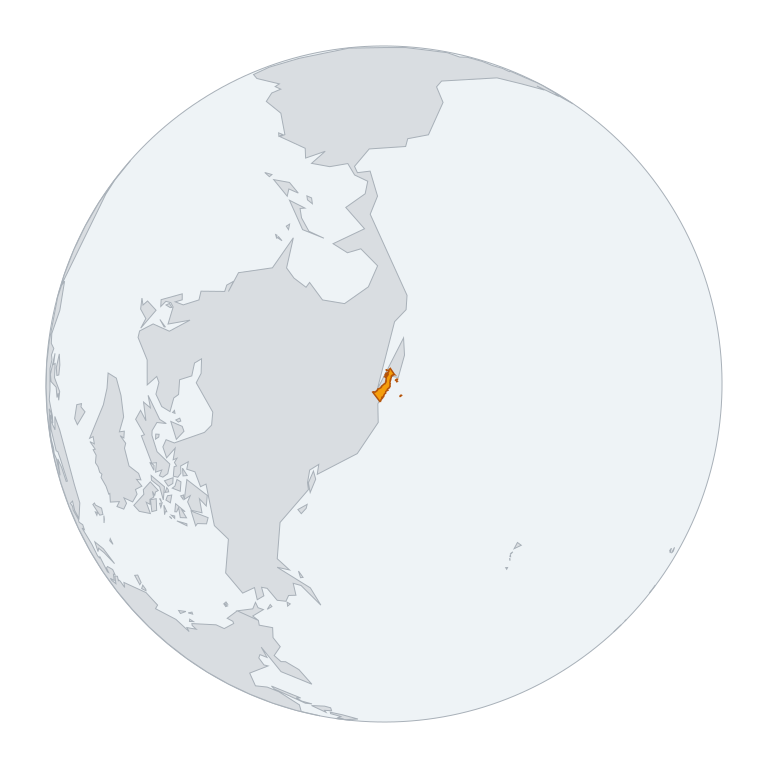 Baja California on an orthographic globe, rotated 237°
{"feature_id": "MEX-2706", "entity_name": "Baja California", "entity_type": "State", "adm_level": 1, "iso_a3": "MEX", "parent_name": "Mexico", "parent_adm1": "", "projection": "orthographic", "projection_center": [-114.611, 30.356], "detail": "fine", "context": "on_globe", "style": "filled", "palette": "amber", "viewbox_px": 768, "rotation_deg": 237, "n_neighbors": 0, "source": "natural_earth", "source_scale": "10m", "svg_char_len": 13698}
<svg xmlns="http://www.w3.org/2000/svg" viewBox="0 0 768 768"><g transform="rotate(237 384 384)"><circle cx="384" cy="384" r="338" fill="#eef3f6" stroke="#a8b0b8"/><path d="M88.8,533.0L89.6,535.2L89.5,535.3L88.8,533.0ZM516.9,694.7L516.0,695.1L524.4,690.6L533.8,685.7L529.9,687.2L550.7,674.5L543.2,678.6L560.8,662.8L579.2,645.5L606.7,597.3L604.6,589.9L588.0,586.9L568.8,557.0L576.8,537.5L571.4,531.5L589.2,499.6L582.6,477.8L575.7,476.8L570.1,488.3L545.1,480.9L533.9,464.9L445.8,451.6L434.3,443.0L430.5,426.8L383.2,375.5L412.0,425.5L397.0,416.9L381.7,399.5L386.3,394.6L370.7,368.0L354.9,358.2L340.2,323.7L344.6,278.8L352.1,285.5L352.3,274.8L342.9,266.1L336.6,263.1L324.5,221.4L295.6,199.3L279.5,203.5L288.5,194.6L253.1,211.2L232.9,210.6L260.2,204.7L266.3,199.3L254.8,195.1L258.6,188.8L255.2,183.4L260.8,176.6L276.3,174.7L280.2,170.6L271.8,167.9L272.1,160.2L283.8,164.5L285.6,151.6L311.8,148.3L338.6,169.0L357.6,164.6L397.0,180.2L397.8,174.2L413.3,177.6L420.0,172.2L425.4,177.5L426.0,168.8L419.8,165.1L418.1,160.3L421.4,157.1L428.9,162.9L428.3,165.4L432.3,165.5L434.5,170.0L435.3,165.9L444.0,174.0L440.5,161.5L451.7,164.3L456.0,170.9L448.8,176.0L441.2,207.1L443.4,217.0L453.7,225.1L487.3,227.2L492.5,236.4L504.5,244.7L504.8,236.5L495.5,227.2L498.9,214.9L487.1,206.0L486.8,200.1L477.4,189.5L486.1,185.3L499.7,187.2L507.9,196.1L514.1,197.5L512.2,184.9L533.2,198.5L557.0,203.1L561.6,207.9L560.1,223.1L545.2,232.7L543.2,256.1L551.9,235.5L563.4,249.1L568.4,249.5L572.1,246.1L570.6,239.0L576.1,243.0L569.5,263.9L564.5,260.6L566.6,253.7L559.7,258.7L555.3,274.6L561.5,281.1L548.4,300.8L552.6,306.0L552.1,313.8L546.3,303.9L556.6,322.6L542.2,353.7L556.0,387.6L534.4,365.5L521.8,366.2L507.6,371.3L509.7,376.9L488.0,378.2L472.9,394.7L474.0,423.8L486.6,443.0L510.0,438.2L514.0,424.8L529.4,417.7L524.8,452.2L552.9,448.1L553.8,471.8L562.9,480.8L575.3,473.2L588.6,473.7L595.8,456.9L608.5,443.4L611.2,461.5L616.2,441.3L624.6,446.3L648.2,431.4L647.1,436.7L667.3,445.0L685.1,439.2L689.2,448.3L687.5,458.0L692.7,454.7L692.7,459.7L709.4,443.8L714.6,443.1L712.2,460.4L703.3,490.3L684.8,537.5L666.1,567.3L654.3,585.5L627.4,617.5L617.0,625.5L612.7,631.8L601.0,642.1L592.2,648.2L584.5,655.0L577.7,659.2L577.8,660.1L558.0,673.2L553.2,676.5L547.6,679.7L516.9,694.7ZM174.0,411.3L175.0,403.4L178.4,409.6L174.0,411.3ZM172.9,397.9L173.1,400.7L172.4,398.2L172.9,397.9ZM170.6,395.6L172.3,397.3L170.1,396.1L170.6,395.6ZM167.2,393.4L169.1,394.2L168.8,394.5L167.2,393.4ZM557.8,399.8L589.6,404.8L574.6,413.5L576.9,409.2L568.2,405.3L553.0,404.2L539.0,413.0L557.8,399.8ZM162.8,387.7L161.8,386.0L163.7,386.0L162.8,387.7ZM565.0,375.8L559.7,376.5L564.5,374.4L565.0,375.8ZM333.2,263.0L342.3,266.7L349.4,277.4L341.4,274.9L333.2,263.0ZM320.3,244.0L325.6,243.4L324.9,254.0L322.1,251.0L320.3,244.0ZM267.0,208.5L273.7,210.4L265.9,210.8L267.0,208.5ZM253.7,183.9L250.6,185.6L250.2,182.2L253.7,183.9ZM473.2,192.7L475.3,191.2L476.0,193.9L473.2,192.7ZM467.2,189.8L466.6,194.1L463.6,193.4L464.1,190.8L467.2,189.8ZM258.4,168.8L258.6,163.4L261.0,168.5L258.4,168.8ZM468.7,184.8L458.4,191.7L453.3,190.5L450.7,179.7L468.7,184.8ZM260.5,160.0L260.9,147.6L254.1,149.9L273.7,137.4L266.9,151.5L270.9,157.3L265.0,156.5L260.5,160.0ZM416.4,165.4L423.2,169.2L414.4,169.1L416.4,165.4ZM411.2,166.6L386.8,175.1L378.5,168.5L388.3,166.7L375.1,161.2L383.0,153.7L392.1,155.1L395.9,160.7L396.0,153.7L411.2,166.6ZM284.5,132.9L286.9,130.0L287.3,132.8L284.5,132.9ZM416.7,158.4L412.5,160.4L405.0,154.7L412.0,149.7L412.2,153.0L416.7,158.4ZM367.7,163.7L363.4,159.0L368.6,151.5L367.6,148.8L382.5,153.0L367.7,163.7ZM415.6,152.7L415.8,147.4L422.4,147.2L420.3,156.1L415.6,152.7ZM400.1,155.5L396.8,152.7L400.9,152.5L400.1,155.5ZM445.9,144.9L441.1,146.9L436.8,144.0L445.9,144.9ZM415.4,145.4L413.1,145.5L410.8,144.7L412.3,141.4L415.4,145.4ZM385.2,147.7L388.3,145.8L379.3,145.5L382.9,140.4L392.2,144.4L389.7,140.5L390.8,139.0L397.1,144.0L385.2,147.7ZM407.0,135.8L420.1,139.9L430.0,136.6L434.1,138.9L417.4,143.9L407.0,135.8ZM400.7,140.1L405.5,137.9L408.2,141.6L406.5,145.5L400.7,140.1ZM382.0,135.7L374.1,142.5L372.4,141.5L382.0,135.7ZM409.4,134.0L406.2,133.1L409.8,133.3L409.4,134.0ZM389.8,134.2L387.3,136.6L385.3,135.3L389.8,134.2ZM402.0,129.6L406.1,130.8L405.2,133.3L402.0,129.6ZM396.0,131.1L393.9,128.8L402.3,133.4L395.2,132.3L396.0,131.1ZM388.4,132.6L386.5,132.6L389.8,131.8L388.4,132.6ZM403.4,119.8L414.1,125.1L411.9,130.5L401.8,124.5L403.4,119.8ZM709.5,293.3L708.4,289.8L701.7,269.5L694.8,254.2L643.8,169.2L639.3,162.8L632.7,155.3L649.9,175.5L665.5,197.0L679.3,219.7L691.3,243.4L701.4,268.0L709.5,293.3ZM585.2,112.5L585.4,112.7L602.5,126.8L634.5,157.5L642.3,167.3L644.2,172.1L622.4,152.3L607.3,132.9L599.3,127.1L593.6,126.4L589.5,121.0L585.3,118.8L578.8,112.3L560.9,100.6L553.0,94.6L537.6,88.4L531.4,84.9L542.3,89.3L545.6,89.7L524.8,77.5L518.3,74.6L510.0,71.9L505.3,69.5L499.9,68.6L483.9,62.6L498.9,69.6L489.6,68.2L475.4,64.4L475.0,65.6L498.2,72.0L504.9,73.6L506.5,72.7L527.3,80.1L536.3,84.9L524.7,83.1L536.1,90.3L522.1,87.0L468.2,69.5L449.9,64.1L437.4,55.0L446.4,55.7L455.4,59.0L454.8,56.0L451.2,56.2L447.3,54.6L437.3,54.0L434.1,53.0L430.1,54.7L425.1,53.4L427.7,52.3L408.7,51.7L395.9,50.2L393.1,50.7L393.8,51.6L377.1,49.8L375.9,50.4L380.8,51.0L381.5,52.7L376.2,55.4L370.7,54.6L371.9,53.5L366.1,50.7L370.1,48.7L367.3,48.8L362.5,50.4L369.6,53.7L367.9,55.7L363.2,53.9L364.8,54.6L362.3,55.4L354.6,55.7L359.2,57.8L338.7,70.8L321.9,73.7L320.0,70.0L299.9,81.3L282.5,85.7L287.1,86.0L280.6,93.0L286.0,91.6L287.7,92.4L273.5,112.0L265.9,116.8L265.0,127.5L267.3,128.0L272.9,124.9L273.7,137.4L254.1,149.9L249.7,148.0L240.3,157.9L231.7,152.8L220.2,153.9L216.1,144.0L207.3,146.4L204.7,150.2L190.8,157.1L171.5,160.0L198.8,141.0L230.2,137.7L218.4,137.0L224.6,132.6L222.5,129.8L213.8,130.3L210.7,133.2L214.7,113.9L200.9,111.8L193.5,120.9L183.2,128.2L161.0,138.3L154.3,136.2L140.6,149.6L158.0,132.7L176.7,117.1L196.5,102.9L217.2,90.1L238.8,78.8L261.2,69.2L284.2,61.2L307.7,54.8L331.7,50.2L355.8,47.3L380.2,46.1L404.5,46.7L428.8,49.1L452.8,53.2L476.5,59.0L499.6,66.5L522.2,75.6L544.1,86.4L565.1,98.7L585.2,112.5ZM668.6,202.3L671.8,207.1L668.6,202.3ZM648.9,430.7L652.0,432.4L648.5,434.9L648.9,430.7ZM574.2,422.1L580.1,420.1L583.8,421.8L579.5,424.6L574.2,422.1ZM620.3,400.8L626.3,399.2L620.7,404.1L620.3,400.8ZM594.2,405.1L615.5,402.8L604.5,414.5L590.8,416.1L599.4,410.4L594.2,405.1ZM565.5,388.0L569.6,388.0L569.5,391.9L565.5,388.0ZM568.4,374.5L567.1,375.3L564.4,373.2L568.4,374.5ZM563.8,247.8L564.5,246.3L569.0,244.2L568.4,247.9L563.8,247.8ZM579.4,220.7L587.9,227.8L581.5,224.9L582.4,230.9L570.0,233.0L563.3,210.4L568.6,219.9L579.4,220.7ZM551.6,230.7L560.2,231.2L551.1,231.7L551.6,230.7ZM568.7,116.2L569.3,114.3L576.1,118.0L586.1,128.1L576.5,122.5L568.7,116.2ZM568.7,111.1L554.3,107.9L547.5,102.3L553.8,105.8L550.7,102.4L559.9,107.3L567.4,106.1L573.8,109.5L588.9,124.8L580.4,117.5L580.3,119.4L568.7,111.1ZM529.8,117.4L523.5,118.1L516.9,104.7L523.5,105.7L534.0,115.1L532.3,119.6L529.8,117.4ZM466.3,165.3L464.3,168.0L462.2,166.2L462.2,162.4L466.3,165.3ZM444.0,146.1L472.7,152.3L471.9,155.5L489.7,156.5L494.5,165.5L482.8,164.3L499.8,172.5L491.2,175.1L503.0,180.0L476.5,176.6L469.4,179.9L475.4,172.6L471.2,164.1L467.3,161.4L450.8,156.8L433.5,160.8L426.6,153.8L426.3,147.8L429.4,145.7L432.9,150.8L434.5,144.4L442.0,150.3L444.0,146.1ZM426.7,93.3L429.5,98.0L434.0,90.2L441.5,94.4L441.5,93.2L449.7,95.2L459.7,95.8L462.0,98.3L464.9,97.5L470.4,99.1L475.1,99.1L481.1,103.8L487.3,104.3L486.6,106.3L495.8,106.0L491.6,108.5L498.3,111.4L498.8,107.5L519.4,137.3L531.3,149.4L543.5,158.6L534.7,162.7L517.7,157.2L498.2,147.7L488.0,136.0L485.9,140.5L480.4,136.4L484.4,134.6L475.0,135.1L471.5,131.4L454.1,125.5L442.7,129.5L436.0,127.9L438.8,124.5L430.2,125.3L430.9,118.1L426.1,116.9L422.0,109.0L430.1,103.9L424.2,103.1L420.8,97.6L426.7,93.3ZM402.6,117.5L410.5,109.4L418.5,108.1L422.3,122.5L426.5,124.6L429.2,134.7L417.6,136.7L417.9,133.5L415.4,131.0L420.1,131.3L414.5,129.2L414.8,124.9L410.6,122.2L414.3,120.2L402.6,117.5ZM538.7,87.1L534.5,84.7L535.8,84.9L540.2,86.9L538.7,87.1ZM441.5,74.2L441.9,76.3L439.6,76.1L433.7,79.5L427.7,77.2L428.8,74.2L441.5,74.2ZM434.0,72.2L432.3,73.8L430.3,71.7L434.0,72.2ZM422.9,75.8L419.9,73.5L426.2,77.4L422.9,75.8ZM380.1,60.2L395.0,57.4L401.7,55.2L399.2,52.9L409.1,55.5L398.7,58.9L380.1,60.2ZM344.4,69.3L346.7,72.1L341.5,72.4L340.3,71.8L344.4,69.3ZM348.7,69.9L359.3,70.7L357.9,73.4L349.8,72.2L348.7,69.9ZM397.1,69.4L401.9,68.6L403.4,70.2L397.1,69.4ZM85.6,532.9L88.8,538.7L86.3,535.7L85.6,532.9ZM89.5,535.3L86.4,532.0L88.8,533.0L89.5,535.3ZM65.9,497.5L67.6,502.0L67.4,501.7L65.9,497.5ZM65.1,495.3L64.3,492.7L65.7,496.9L65.1,495.3ZM54.1,457.1L54.0,456.7L54.6,459.2L54.2,457.5L54.1,457.1ZM51.6,445.1L51.0,441.5L52.9,451.6L51.6,445.1ZM122.1,170.4L125.3,166.6L122.5,170.2L120.4,172.7L120.9,171.9L122.1,170.4ZM130.0,161.1L125.1,167.7L129.3,163.8L128.7,166.7L136.6,159.7L138.0,160.2L129.3,168.9L117.2,179.7L123.1,169.6L127.0,164.5L130.0,161.1ZM140.3,156.5L153.8,148.1L146.2,158.7L141.5,162.9L138.5,162.1L142.7,156.4L140.3,156.5ZM154.9,149.4L159.1,144.2L187.8,126.0L192.0,125.1L166.1,143.1L168.7,139.4L162.9,142.3L154.9,149.4ZM283.5,130.0L286.6,130.0L283.1,131.9L283.5,130.0ZM290.8,91.5L292.6,93.0L288.5,94.8L290.8,91.5ZM295.2,98.2L298.7,95.1L297.3,98.7L295.2,98.2ZM305.9,88.4L301.1,94.0L302.4,88.3L305.9,88.4Z" fill="#d9dde1" stroke="#a8b0b8" stroke-width="1"/><path d="M383.4,370.1L383.4,370.4L383.2,370.6L383.0,370.8L383.1,371.1L383.0,371.3L382.9,371.4L382.5,371.4L382.4,371.5L382.2,371.9L382.2,372.2L382.2,372.3L381.9,372.6L382.1,373.1L382.3,373.5L382.2,373.8L382.3,374.0L382.4,374.8L382.1,374.7L381.9,374.5L382.0,374.8L382.3,374.9L382.5,375.1L382.8,375.4L382.9,375.5L383.0,376.0L383.2,376.3L383.1,376.5L382.9,376.7L382.8,377.1L382.8,377.9L382.7,378.3L382.7,378.6L382.6,379.2L382.6,379.5L383.0,379.9L382.9,380.0L382.9,380.3L383.4,380.5L383.5,380.7L383.5,381.0L383.6,381.3L383.5,381.5L383.5,381.9L383.6,382.1L383.6,382.3L383.8,382.8L383.8,383.0L383.9,383.4L383.9,383.6L383.9,383.9L383.9,384.0L383.8,384.4L383.9,384.5L383.7,384.9L383.8,385.0L383.9,385.4L384.0,385.4L384.2,385.7L384.2,385.8L384.4,386.3L384.7,386.4L384.7,386.6L384.8,386.6L385.0,386.8L385.0,387.0L385.1,387.4L385.3,387.5L385.5,387.6L385.7,387.4L386.1,387.6L386.3,387.9L386.6,388.1L386.8,388.3L386.9,388.5L387.0,388.5L387.7,389.1L387.8,389.3L388.0,389.3L388.3,389.6L388.8,390.1L389.0,390.3L389.1,390.5L388.9,390.7L388.9,390.8L389.0,390.8L389.1,391.0L389.3,391.2L389.5,391.7L389.4,391.9L389.5,392.1L389.4,392.3L389.6,392.6L389.9,392.6L389.8,392.4L390.0,392.3L390.1,392.2L390.1,392.3L390.3,392.3L390.3,392.5L390.5,392.7L390.4,392.7L390.4,392.9L390.4,393.0L390.5,393.0L391.0,392.9L391.2,393.0L391.3,393.2L391.3,393.5L391.5,394.0L391.7,394.3L391.8,394.9L391.9,395.0L392.1,395.0L392.3,395.1L392.5,395.1L392.9,395.0L393.0,395.2L393.0,395.3L393.2,395.2L393.2,395.3L393.1,395.6L393.0,395.9L393.0,396.2L393.5,396.7L393.4,396.9L393.4,397.1L393.5,397.4L393.4,397.6L393.5,397.8L386.9,397.9L387.0,397.7L386.9,397.6L386.7,397.6L386.7,397.3L386.6,397.2L386.9,396.7L386.8,396.4L386.7,396.5L386.5,396.4L386.8,395.9L386.9,395.2L386.8,394.8L386.7,394.6L386.3,394.6L386.4,394.2L385.9,394.0L385.7,393.8L385.6,393.7L385.4,393.6L385.4,393.4L385.3,393.2L385.2,393.1L385.1,392.9L385.0,392.7L384.9,392.7L384.7,392.4L384.4,392.4L384.3,392.1L384.2,392.1L384.0,391.8L383.9,391.4L383.6,391.3L383.4,391.3L383.3,390.9L383.1,390.9L382.1,389.8L381.5,389.5L381.0,389.5L380.8,389.1L380.5,388.9L380.1,388.7L379.7,388.3L379.3,388.2L379.0,387.9L378.8,387.9L378.4,387.5L378.5,387.1L378.4,386.7L378.2,386.4L377.9,386.3L378.0,385.8L378.0,385.5L377.9,385.2L378.0,384.9L377.9,384.4L377.8,384.0L377.5,383.8L377.3,383.7L377.1,383.7L377.3,383.5L377.3,383.4L377.2,383.2L377.1,383.4L377.1,383.5L376.9,383.4L376.9,383.5L377.0,383.6L377.0,383.9L376.9,383.9L376.8,383.5L376.7,383.2L376.8,382.4L376.8,381.7L376.7,381.3L376.4,381.2L376.2,381.0L375.7,380.4L375.4,380.4L375.3,380.2L375.4,379.3L375.3,378.8L374.7,378.1L374.5,377.6L374.3,377.5L374.0,377.3L374.0,377.2L373.6,376.8L373.6,376.7L373.8,376.7L373.7,376.6L373.8,376.2L373.7,376.0L373.4,375.9L373.3,375.7L373.5,375.7L373.7,375.8L373.8,375.8L373.9,375.6L374.0,375.1L373.9,375.1L373.7,375.0L373.6,374.9L373.3,374.7L373.3,374.4L373.2,374.3L372.8,374.3L372.7,374.1L372.6,373.4L372.5,372.9L372.3,372.7L372.0,372.6L371.5,371.5L371.5,371.3L371.5,371.0L383.4,370.1ZM391.5,391.6L391.8,391.6L391.7,391.8L391.7,392.0L391.5,391.8L391.3,391.8L391.3,391.7L391.0,391.5L390.9,391.3L390.8,391.1L390.5,391.0L390.4,390.9L390.2,390.7L390.1,390.4L389.8,390.3L389.7,390.3L389.7,390.0L389.4,389.7L389.3,389.3L389.4,389.0L389.3,388.8L389.5,388.8L389.6,388.7L389.6,388.8L389.8,388.8L390.1,389.1L390.2,389.3L390.4,389.6L390.5,389.7L390.4,389.8L390.4,390.1L390.5,390.2L390.8,390.3L391.3,390.2L391.4,390.3L391.4,390.8L391.4,391.2L391.5,391.6ZM381.0,395.9L381.0,396.0L381.1,396.3L381.1,396.6L381.2,397.1L381.0,397.3L381.0,397.5L380.9,397.7L380.7,397.6L380.5,397.4L380.4,397.3L380.2,397.4L380.2,397.5L380.1,397.4L380.1,397.2L380.7,396.5L380.6,396.1L380.7,395.8L380.9,395.7L381.0,395.8L381.0,395.9ZM365.3,391.2L365.4,391.3L365.4,391.6L365.4,391.9L365.4,392.2L365.2,392.4L365.0,392.5L365.0,392.4L365.0,392.1L365.0,391.9L364.9,391.8L365.0,391.7L364.9,391.4L364.7,391.3L364.7,391.0L364.7,390.9L364.8,390.7L365.0,390.7L365.1,390.8L365.2,391.1L365.3,391.2ZM394.3,393.5L394.6,393.5L394.6,393.8L394.4,393.9L394.3,393.5ZM386.1,397.9L386.5,397.4L386.6,397.6L386.4,397.8L386.1,397.9ZM392.9,393.8L393.1,393.9L393.3,394.1L393.6,394.3L393.4,394.4L393.4,394.2L393.2,394.0L392.9,393.8ZM386.7,397.9L386.6,397.7L386.8,397.9L386.7,397.9ZM389.6,391.4L389.7,391.6L389.8,391.8L389.7,391.7L389.6,391.4ZM385.0,386.2L385.1,386.3L385.0,386.2ZM378.9,396.0L379.0,396.0L378.9,396.1L378.9,396.0ZM370.8,371.7L370.9,371.9L370.8,371.7Z" fill="#f59e0b" stroke="#b45309" stroke-width="1.5"/></g></svg>